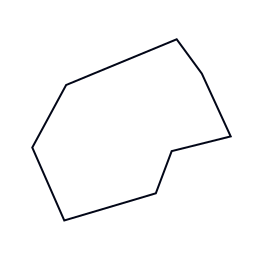 the border of Zalaegerszeg, rotated 256°
{"feature_id": "HUN-4910", "entity_name": "Zalaegerszeg", "entity_type": "Urban county", "adm_level": 1, "iso_a3": "HUN", "parent_name": "Hungary", "parent_adm1": "", "projection": "albers", "projection_center": [16.838, 46.845], "detail": "fine", "context": "isolated", "style": "outline", "palette": "ink", "viewbox_px": 256, "rotation_deg": 256, "n_neighbors": 0, "source": "natural_earth", "source_scale": "10m", "svg_char_len": 266}
<svg xmlns="http://www.w3.org/2000/svg" viewBox="0 0 256 256"><g transform="rotate(256 128 128)"><path d="M132.2,30.4L184.7,78.4L202.3,196.7L162.9,212.8L95.0,225.6L95.0,164.8L57.9,139.2L53.7,43.8L132.2,30.4Z" fill="none" stroke="#020617" stroke-width="2"/></g></svg>